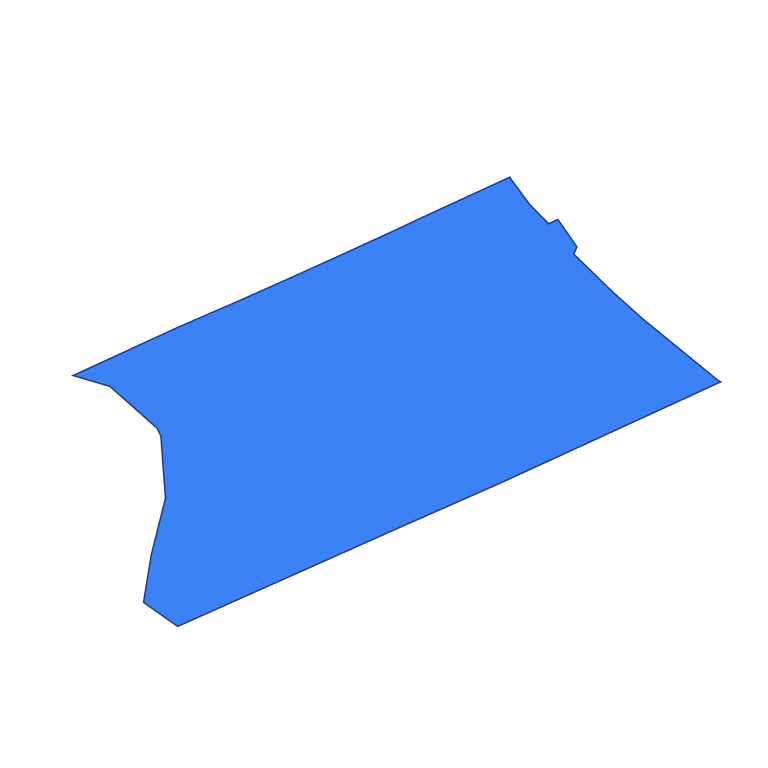 Porter, Indiana, United States of America (Mercator projection), rotated 66°
{"feature_id": "52423323B69237488577242", "entity_name": "Porter", "entity_type": "district", "adm_level": 2, "iso_a3": "USA", "parent_name": "United States of America", "parent_adm1": "Indiana", "projection": "mercator", "projection_center": [-87.097, 41.465], "detail": "fine", "context": "isolated", "style": "filled", "palette": "blue", "viewbox_px": 768, "rotation_deg": 66, "n_neighbors": 0, "source": "geoboundaries", "source_scale": "gbopen_adm2", "svg_char_len": 528}
<svg xmlns="http://www.w3.org/2000/svg" viewBox="0 0 768 768"><g transform="rotate(66 384 384)"><path d="M521.5,671.1L521.4,423.6L521.4,421.2L521.8,317.2L519.0,75.5L517.0,77.2L429.5,121.3L393.6,137.4L392.2,138.0L342.5,157.8L337.3,152.0L304.4,158.2L304.6,168.4L279.1,178.0L248.1,184.7L246.2,184.9L247.4,281.8L248.1,313.9L248.7,377.9L249.0,423.2L249.0,485.6L248.4,550.2L249.8,664.6L274.7,635.4L332.1,609.2L340.8,609.0L399.5,630.1L445.3,666.0L485.7,692.5L521.5,671.1Z" fill="#3b82f6" stroke="#1e3a8a" stroke-width="1.5"/></g></svg>